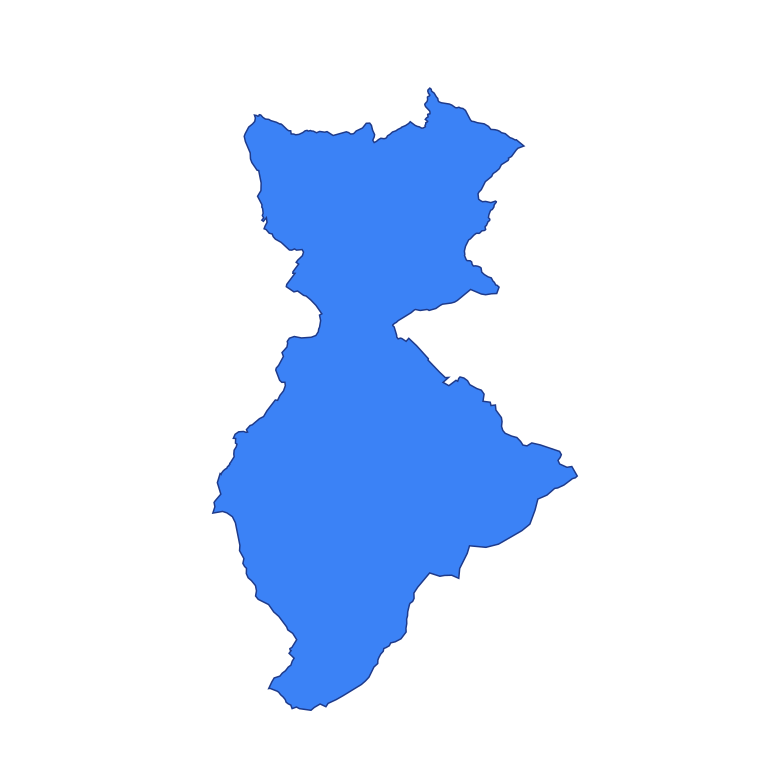 the district of Suici, Arges, Romania, rotated 74°
{"feature_id": "2599482B28587086561984", "entity_name": "Suici", "entity_type": "district", "adm_level": 2, "iso_a3": "ROU", "parent_name": "Romania", "parent_adm1": "Arges", "projection": "albers", "projection_center": [24.509, 45.248], "detail": "fine", "context": "isolated", "style": "filled", "palette": "blue", "viewbox_px": 768, "rotation_deg": 74, "n_neighbors": 0, "source": "geoboundaries", "source_scale": "gbopen_adm2", "svg_char_len": 6155}
<svg xmlns="http://www.w3.org/2000/svg" viewBox="0 0 768 768"><g transform="rotate(74 384 384)"><path d="M666.6,488.5L664.4,483.8L661.7,479.3L653.3,471.7L651.0,467.1L647.7,466.0L645.6,464.4L642.8,461.7L640.7,458.4L638.2,457.1L638.0,454.9L637.1,451.1L634.7,448.9L634.9,444.2L633.6,437.9L628.5,431.1L624.8,430.2L620.7,428.2L616.1,427.0L613.4,425.3L609.5,424.0L603.0,420.3L602.0,419.5L600.9,416.4L598.4,414.2L593.2,412.9L588.6,407.6L578.2,392.2L584.2,383.3L584.7,378.6L586.5,371.6L591.4,365.7L582.2,362.1L569.8,350.7L563.1,346.4L569.1,331.0L569.5,318.1L563.0,292.0L558.9,282.4L546.9,273.6L537.0,267.8L535.7,257.9L531.4,248.7L531.8,245.7L530.7,238.8L526.9,228.9L526.9,225.9L525.7,223.6L515.1,226.2L514.5,231.1L509.3,237.2L505.4,237.8L503.1,234.8L500.8,233.0L497.2,233.8L485.6,250.6L481.4,258.2L482.9,263.6L481.0,267.3L476.9,268.5L472.1,271.0L469.3,275.6L464.8,281.1L461.4,282.6L457.1,282.7L452.7,280.9L448.6,280.4L439.9,283.6L434.9,282.7L434.2,287.1L430.8,286.9L427.9,293.6L421.3,290.6L416.8,292.1L414.0,296.0L408.3,301.7L403.9,302.8L400.3,305.5L398.2,309.0L399.2,310.6L401.7,312.4L400.3,313.8L403.5,322.1L398.7,326.8L395.5,320.1L394.8,323.3L388.0,327.3L373.2,335.1L371.9,334.4L356.2,342.1L346.9,347.6L349.1,351.0L345.1,354.4L344.4,355.7L344.5,358.0L342.4,358.8L340.6,358.4L332.0,358.5L330.2,359.5L329.5,359.1L328.6,357.1L328.2,355.2L327.0,352.9L322.9,338.2L321.1,334.2L321.1,333.1L323.3,328.9L324.2,322.3L324.9,321.0L325.7,320.4L325.7,313.3L324.0,308.5L323.4,305.8L324.7,297.1L324.7,293.5L323.9,290.5L317.0,274.7L324.3,265.7L326.2,261.7L326.9,255.7L328.1,250.7L322.6,246.7L320.3,248.1L319.6,249.3L316.7,249.9L315.0,250.9L311.6,251.6L309.7,254.4L306.4,257.4L303.4,259.2L299.2,258.7L298.1,259.5L296.7,261.3L295.7,263.3L295.2,265.6L293.1,266.3L290.8,266.1L289.3,267.2L288.3,270.1L287.2,270.7L282.7,271.2L281.7,270.6L278.4,270.1L274.1,267.7L268.8,262.9L268.3,261.0L265.7,256.6L264.7,254.1L264.7,253.1L265.4,251.1L265.1,250.0L263.8,247.8L264.1,244.9L263.5,243.7L260.9,243.6L260.3,243.1L259.9,241.9L256.7,239.3L256.0,237.5L255.3,237.0L254.5,236.9L252.9,237.8L250.2,236.5L247.1,234.2L246.3,233.2L246.1,231.8L244.2,229.6L242.2,228.7L240.2,226.0L239.7,225.8L238.9,226.5L239.1,231.3L236.5,236.0L235.9,239.1L234.3,240.7L232.5,242.1L227.1,241.2L225.8,240.0L224.0,236.9L217.4,230.8L214.1,223.2L212.3,221.8L211.6,220.6L210.6,217.5L208.8,213.8L205.5,210.7L203.3,203.1L202.2,202.1L201.2,202.1L200.4,198.7L195.6,192.5L194.3,190.3L193.8,183.9L185.7,189.5L185.6,190.6L183.2,193.1L181.9,195.0L176.8,198.4L174.8,201.8L172.9,203.2L171.4,205.0L170.1,207.3L168.7,211.1L165.2,212.5L161.5,216.0L158.6,222.2L156.6,225.1L155.5,227.4L153.7,228.2L143.4,230.3L140.9,232.2L139.9,234.3L138.6,235.7L138.6,237.8L138.0,239.2L134.6,241.9L132.9,244.0L129.5,251.3L128.0,253.3L126.6,253.9L124.3,253.6L122.5,254.5L118.2,255.6L115.7,257.5L113.6,257.4L112.2,258.4L113.5,260.7L114.6,261.2L117.2,261.1L118.1,260.4L119.2,260.5L119.6,261.0L119.8,262.4L120.2,263.2L122.7,263.7L124.3,264.7L125.9,267.3L126.7,267.8L128.8,267.6L134.3,264.8L136.4,265.1L137.0,265.5L136.7,267.1L136.9,267.7L139.4,268.0L139.9,269.8L141.0,271.4L143.5,269.6L144.0,270.1L144.4,271.9L145.6,272.2L146.8,273.3L148.1,273.3L148.7,275.7L148.5,277.2L146.5,279.2L145.6,280.9L144.0,282.8L139.1,286.5L140.3,288.3L141.5,292.0L142.0,296.4L142.5,297.0L143.1,300.5L143.9,302.8L144.1,306.4L145.6,309.4L146.4,312.2L147.8,313.6L148.3,314.7L148.2,316.4L146.9,319.3L147.6,322.1L148.7,324.4L149.2,326.9L146.6,327.6L143.8,325.3L141.7,324.3L136.9,325.0L131.9,324.8L129.3,325.8L128.5,329.2L132.0,334.1L133.1,341.0L134.7,343.6L135.0,344.7L134.5,347.2L132.6,348.6L131.2,350.7L131.1,364.4L125.7,369.2L125.6,371.6L123.5,376.2L123.9,379.6L121.5,382.2L120.8,384.0L120.1,384.7L120.0,387.2L119.0,388.0L118.9,390.1L119.9,392.6L120.6,396.9L120.1,400.2L118.9,401.8L118.0,404.3L114.9,403.9L114.3,405.7L113.0,406.9L106.9,410.4L105.5,411.5L105.6,412.2L102.8,415.2L99.6,420.2L97.9,421.8L96.6,425.0L94.2,427.0L91.5,428.3L90.8,429.4L90.9,429.9L91.8,430.4L91.8,431.6L90.9,432.3L89.8,434.4L92.8,434.3L96.0,435.9L97.8,438.7L99.7,443.2L105.1,448.4L107.4,450.1L112.7,450.4L125.0,448.9L130.8,450.3L134.7,450.0L143.5,447.1L144.3,445.6L156.9,446.7L164.2,449.0L168.7,453.8L178.0,451.9L180.4,452.7L181.7,452.3L186.6,453.1L188.4,454.5L191.2,453.9L192.8,456.3L194.4,455.1L191.7,451.2L196.4,451.9L199.2,454.6L201.7,456.5L203.1,454.7L207.4,452.8L209.0,450.1L211.8,449.9L214.8,448.5L219.4,443.9L229.1,438.0L229.9,435.7L229.5,432.8L231.2,431.2L232.2,425.7L235.0,425.0L238.2,427.1L241.0,432.5L242.8,434.9L245.2,433.0L250.9,440.5L252.4,441.1L253.1,439.1L261.4,450.0L263.5,451.1L270.6,445.2L270.8,441.4L276.6,436.9L278.0,434.6L282.9,431.3L289.7,427.7L299.4,424.4L300.0,427.0L305.5,427.4L311.6,430.3L313.1,431.6L315.7,432.8L318.6,436.1L319.0,441.1L317.0,450.6L313.6,457.2L313.9,462.3L316.4,465.3L318.3,465.4L321.7,467.1L325.7,473.4L329.8,473.1L337.1,480.2L339.0,483.2L340.8,484.2L351.6,483.3L354.2,481.8L355.0,478.8L358.4,479.3L362.9,482.5L366.2,487.1L370.4,490.8L369.4,492.9L377.5,503.9L382.1,508.7L383.0,513.3L386.9,521.9L387.0,524.2L389.9,528.8L392.6,528.4L392.5,529.9L390.9,532.1L389.9,536.9L391.3,541.0L394.7,543.8L395.5,541.6L399.9,543.1L401.3,541.9L403.7,543.4L406.3,546.3L410.0,547.7L412.6,548.1L417.2,553.2L417.8,554.2L418.8,554.4L419.5,555.8L419.9,555.8L420.3,557.2L421.6,558.3L422.2,560.4L423.2,562.5L425.4,565.4L425.8,565.5L424.9,566.2L432.9,571.4L444.9,571.2L449.7,578.4L451.0,580.0L455.4,580.4L460.9,584.1L462.0,574.3L464.6,570.5L469.8,566.3L476.4,565.1L499.4,567.0L504.4,568.8L513.2,566.8L517.6,569.1L521.0,568.3L523.3,567.0L528.3,568.6L532.8,568.0L536.5,565.6L542.4,563.1L547.7,563.6L552.4,565.9L556.3,564.3L564.2,555.7L572.8,552.8L578.3,549.2L590.7,544.5L593.8,544.3L598.5,540.5L605.7,538.4L611.9,545.2L612.4,547.4L613.7,547.6L614.7,546.8L616.7,549.5L622.8,546.0L625.1,548.6L628.6,551.0L629.7,554.0L632.5,557.8L633.9,561.5L636.1,564.6L636.3,570.6L639.5,574.0L645.0,578.8L645.2,577.4L649.8,571.4L651.2,570.2L654.3,569.0L657.1,567.2L660.2,565.9L662.9,565.8L665.1,564.2L666.9,562.1L670.7,561.8L670.4,557.2L672.8,554.7L677.5,544.1L675.7,540.2L674.0,533.6L678.2,528.8L675.6,525.8L674.2,516.9L672.3,509.1L666.6,488.5Z" fill="#3b82f6" stroke="#1e3a8a" stroke-width="1.5"/></g></svg>